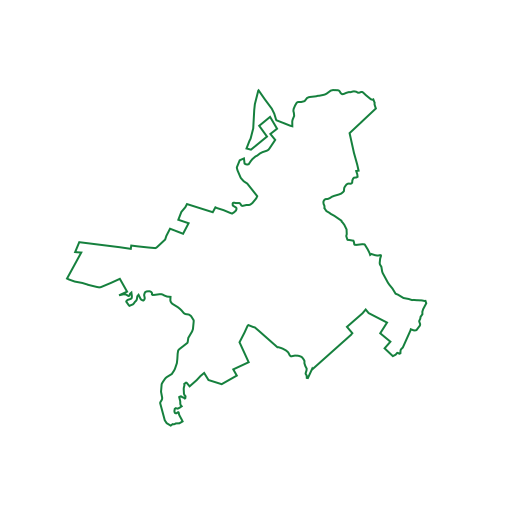 Avram Iancu, Bihor, Romania (orthographic projection), rotated 105°
{"feature_id": "2599482B98279949675943", "entity_name": "Avram Iancu", "entity_type": "district", "adm_level": 2, "iso_a3": "ROU", "parent_name": "Romania", "parent_adm1": "Bihor", "projection": "orthographic", "projection_center": [21.526, 46.667], "detail": "fine", "context": "isolated", "style": "outline", "palette": "green", "viewbox_px": 512, "rotation_deg": 105, "n_neighbors": 0, "source": "geoboundaries", "source_scale": "gbopen_adm2", "svg_char_len": 6079}
<svg xmlns="http://www.w3.org/2000/svg" viewBox="0 0 512 512"><g transform="rotate(105 256 256)"><path d="M441.9,294.5L440.0,293.0L440.0,292.4L439.5,291.2L438.4,290.0L437.5,286.8L434.8,284.1L433.6,285.1L430.0,288.5L429.0,289.3L427.2,290.2L427.0,290.8L428.5,292.1L428.7,293.0L428.6,293.6L428.1,294.1L426.9,294.7L424.7,294.9L423.8,294.2L423.7,292.1L422.3,290.5L420.4,288.9L419.5,290.2L418.6,290.8L415.9,291.6L412.1,293.7L411.8,293.5L411.4,292.6L411.0,292.3L411.0,291.7L411.5,290.6L411.5,289.3L412.1,287.9L411.7,287.5L410.0,287.7L409.6,287.9L409.1,288.8L407.8,289.9L403.2,291.4L402.2,291.6L399.1,291.7L398.2,292.2L396.7,291.1L396.4,290.8L396.4,290.3L396.6,289.9L399.1,286.4L391.3,281.2L386.2,278.5L382.4,275.8L388.1,269.8L388.7,256.0L376.5,243.6L371.4,248.6L360.5,235.6L343.6,249.6L333.0,247.3L325.8,246.1L324.7,245.5L325.3,240.6L325.3,238.6L327.6,233.8L338.6,211.7L338.3,210.7L338.4,207.9L338.6,206.2L339.4,202.8L339.8,201.9L340.5,200.4L341.3,199.4L343.0,197.9L343.8,196.7L343.8,196.0L342.1,192.6L341.5,189.9L341.4,188.3L341.6,186.3L342.0,185.2L343.4,183.4L344.6,182.2L345.3,181.9L347.0,181.5L347.8,181.0L349.5,179.9L351.7,177.9L353.4,177.6L356.1,177.7L356.9,177.6L358.4,176.1L360.6,175.4L360.5,174.3L350.1,172.5L350.5,172.0L307.2,143.6L306.1,143.3L305.6,143.0L300.9,149.8L283.8,138.3L279.3,136.2L282.0,132.4L286.4,112.2L298.5,116.0L304.0,104.0L311.9,107.9L317.3,97.9L315.2,95.6L313.0,94.5L312.9,94.1L313.3,92.2L312.9,91.7L312.5,91.7L312.4,91.4L310.0,91.9L309.1,91.9L308.1,91.5L306.4,90.5L287.8,87.5L286.7,87.5L287.0,84.5L286.9,83.6L286.4,82.4L286.0,81.8L280.8,79.7L279.9,79.7L279.2,79.9L277.0,81.4L276.3,81.5L274.1,81.1L272.1,81.3L269.2,80.2L266.8,80.9L264.1,80.8L257.6,79.3L255.5,80.7L255.8,81.4L256.0,84.4L257.2,89.8L257.6,92.2L258.2,93.9L258.0,97.3L258.4,102.7L256.6,108.9L256.3,111.4L252.1,115.8L249.3,119.7L247.6,121.7L239.7,129.2L238.4,130.1L234.0,132.1L232.1,134.1L230.8,134.7L226.4,135.4L223.5,135.3L223.0,135.6L223.0,136.3L223.8,137.8L224.2,139.0L224.4,141.4L224.2,145.1L225.4,146.0L223.6,147.2L220.7,149.8L216.8,153.9L216.7,154.4L217.1,156.4L219.3,161.9L219.6,163.5L219.4,164.0L216.9,165.2L216.0,165.9L216.1,166.6L216.4,170.2L216.7,171.6L216.5,172.0L213.7,173.8L213.2,174.0L211.4,174.0L206.9,175.4L203.0,178.8L201.2,181.1L200.6,182.2L199.8,182.6L196.9,190.8L195.9,195.0L195.4,195.9L194.4,199.6L192.0,202.4L191.2,202.4L189.7,203.0L188.2,204.2L186.4,204.9L184.9,204.8L183.7,204.2L183.0,203.4L182.3,201.4L181.0,199.7L179.1,198.0L177.7,196.1L175.1,191.8L173.6,189.8L171.5,188.3L170.5,187.9L167.5,188.4L166.0,188.1L163.5,187.1L162.5,186.1L162.1,185.4L161.7,183.3L161.2,182.6L160.3,182.1L157.9,182.5L156.0,182.2L155.0,181.6L154.1,179.3L153.2,178.4L150.9,179.3L148.0,181.2L147.0,179.0L141.5,181.9L131.0,188.1L113.1,197.4L82.5,178.4L80.1,180.0L78.5,180.9L77.4,181.0L74.4,183.2L74.9,183.7L74.9,185.4L74.7,186.0L72.2,191.5L70.4,194.8L70.1,195.8L70.2,196.4L70.4,197.0L71.4,198.3L71.9,199.7L71.4,201.7L71.5,203.3L71.8,204.6L73.4,207.3L73.6,208.6L74.1,209.5L75.1,211.1L76.7,213.1L77.2,214.1L77.4,214.6L77.1,215.6L76.6,216.5L75.4,217.7L74.9,218.4L74.7,219.4L74.8,220.3L75.8,224.6L76.9,226.6L81.0,229.9L82.2,231.3L82.9,232.5L84.8,236.3L85.3,237.8L86.2,239.3L88.3,244.7L89.0,246.2L90.2,247.6L93.5,249.0L94.1,249.6L95.6,252.3L96.2,254.7L96.5,255.4L97.0,256.0L97.6,256.4L100.5,257.2L104.0,257.7L105.2,257.6L106.3,257.4L108.1,256.4L110.8,255.4L114.6,255.9L115.7,255.9L116.7,255.8L121.3,254.5L121.3,256.6L119.6,271.4L119.1,271.9L113.8,275.2L109.6,278.9L102.4,288.0L95.3,296.4L95.7,296.6L109.6,296.4L115.4,295.5L133.5,291.7L144.1,291.6L146.4,292.1L154.6,293.0L154.6,288.4L137.8,276.3L129.4,286.6L118.0,278.4L127.6,268.6L134.4,273.7L138.9,267.5L148.6,270.8L150.2,271.5L151.5,272.8L154.0,276.6L155.9,278.7L158.7,280.8L160.0,282.3L163.4,284.6L165.7,285.6L169.2,286.8L169.8,287.8L170.0,288.8L170.0,290.1L169.6,291.0L164.9,292.9L167.5,296.2L167.8,296.5L174.9,297.4L175.5,297.4L176.2,297.1L178.1,296.0L184.2,291.2L184.7,290.7L186.8,287.5L187.2,286.6L188.3,283.2L197.9,270.3L200.3,270.7L205.8,273.2L207.7,274.7L208.3,275.5L208.7,276.4L209.2,278.5L209.5,279.0L211.1,282.0L211.1,282.8L210.9,283.3L209.4,284.9L209.2,286.0L210.1,289.1L210.2,291.1L210.6,291.8L210.8,292.0L211.6,292.1L213.2,291.5L213.4,291.1L214.3,288.0L214.7,287.4L215.6,287.0L217.1,287.1L217.6,287.3L219.6,288.6L221.2,290.1L221.1,291.9L220.1,299.2L219.8,306.3L219.5,307.8L224.9,309.1L223.7,336.1L227.2,336.9L232.7,339.5L241.1,340.4L241.8,329.6L253.4,332.2L251.9,346.1L259.8,347.8L263.6,348.0L273.2,354.0L274.3,355.0L274.5,355.7L275.6,361.9L277.3,372.7L278.2,379.2L281.5,378.8L282.8,390.0L288.4,430.3L299.0,431.7L298.8,430.4L297.9,425.7L326.7,432.7L327.1,430.6L327.6,424.5L327.0,416.8L327.2,411.2L327.3,411.1L327.3,410.7L327.1,401.9L326.9,399.4L326.5,398.3L326.0,397.5L319.5,389.1L313.3,381.6L323.8,371.3L329.4,378.1L327.4,374.3L326.9,372.3L326.9,371.5L327.2,370.4L327.6,369.1L327.6,368.5L326.6,368.0L325.1,367.9L323.6,366.9L326.9,365.5L328.6,365.2L329.3,365.4L330.0,366.1L331.7,368.7L333.1,369.5L333.7,369.5L336.6,366.0L336.9,365.3L336.1,364.4L335.3,363.3L334.5,362.3L333.6,361.8L331.5,361.0L330.4,360.3L329.6,360.0L328.5,359.9L325.6,360.2L323.9,359.4L327.3,356.4L327.8,355.7L328.1,354.6L328.2,353.8L328.1,353.2L327.4,352.8L326.9,352.6L325.9,352.5L325.2,352.7L322.8,353.9L321.9,354.0L320.6,353.9L319.7,353.7L319.3,353.4L318.5,352.4L318.2,351.7L317.6,349.6L317.7,348.6L318.0,347.7L318.8,346.8L320.0,346.6L320.3,346.1L320.4,345.7L319.8,343.9L317.8,339.1L317.4,337.5L317.4,336.3L317.9,334.3L318.2,331.4L317.6,328.0L320.9,327.3L321.9,326.8L322.5,326.3L323.5,325.1L323.9,324.2L325.7,318.2L326.8,315.7L327.8,313.9L329.9,310.9L330.3,309.5L330.3,308.6L330.0,306.4L330.0,305.4L330.7,303.5L331.1,302.9L334.0,299.8L334.4,299.5L335.6,299.2L342.9,298.0L345.4,298.2L352.6,300.2L356.9,299.7L357.7,299.8L365.9,306.0L367.1,306.6L367.6,306.7L370.6,306.4L376.0,305.3L380.0,304.7L386.0,305.1L387.9,305.5L391.8,306.8L396.0,310.8L397.1,311.6L398.1,312.1L401.5,313.3L403.7,313.9L404.6,313.9L411.7,312.6L417.3,309.9L418.4,309.7L419.5,309.8L422.2,310.6L423.1,310.4L438.3,301.6L440.6,299.0L441.9,294.5Z" fill="none" stroke="#15803d" stroke-width="2"/></g></svg>